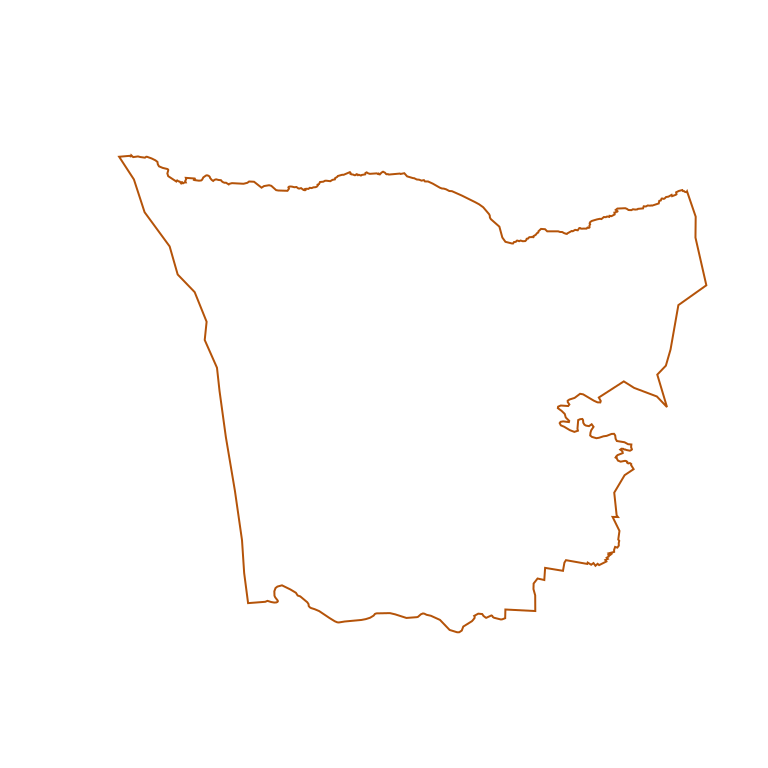 Weija Gbawe Municipal, Greater Accra, Ghana, rotated 100°
{"feature_id": "2480657B6669757606157", "entity_name": "Weija Gbawe Municipal", "entity_type": "district", "adm_level": 2, "iso_a3": "GHA", "parent_name": "Ghana", "parent_adm1": "Greater Accra", "projection": "equal_earth", "projection_center": [-0.376, 5.542], "detail": "fine", "context": "isolated", "style": "outline", "palette": "amber", "viewbox_px": 768, "rotation_deg": 100, "n_neighbors": 0, "source": "geoboundaries", "source_scale": "gbopen_adm2", "svg_char_len": 6165}
<svg xmlns="http://www.w3.org/2000/svg" viewBox="0 0 768 768"><g transform="rotate(100 384 384)"><path d="M177.8,427.6L179.5,434.5L179.2,436.5L178.6,437.8L179.4,438.9L180.8,438.9L182.0,442.2L182.7,442.9L182.3,445.1L182.9,445.9L182.1,447.1L182.2,447.6L183.2,448.2L183.5,449.2L183.1,451.0L183.2,452.6L182.9,453.5L182.2,453.4L181.3,454.4L185.0,460.1L185.2,461.5L187.2,465.6L188.1,466.0L189.8,467.9L191.0,467.9L191.9,470.2L193.6,472.1L193.8,476.0L194.1,477.4L195.3,478.9L196.2,482.1L198.4,482.7L199.2,484.0L199.9,483.6L201.4,484.5L202.1,485.7L202.6,487.7L203.6,489.2L203.7,491.2L205.0,492.3L205.1,493.8L205.6,495.6L205.9,495.9L206.6,495.1L206.9,495.4L206.9,496.9L205.5,499.7L206.3,501.5L206.2,502.5L205.2,504.4L205.8,506.5L205.6,508.9L205.8,510.8L206.2,511.8L206.9,512.3L208.2,511.5L210.5,512.6L211.8,521.7L211.8,523.9L208.4,529.4L208.2,531.7L209.9,536.5L211.9,538.7L207.4,547.1L208.0,552.0L209.6,553.5L211.2,557.1L212.6,568.6L213.9,571.4L214.4,571.6L213.2,574.6L213.5,575.8L213.3,577.3L212.7,578.7L211.6,580.0L211.8,582.3L211.6,584.9L212.4,586.4L213.7,587.5L212.9,589.2L211.2,591.1L210.1,591.7L209.4,592.9L209.2,594.6L209.6,595.5L211.9,597.8L214.4,598.6L215.3,599.4L215.9,601.5L216.1,605.9L216.0,606.7L215.5,606.7L214.9,605.8L214.5,606.1L215.4,615.0L216.7,614.4L218.6,615.0L219.9,614.2L220.1,615.4L221.1,616.5L220.9,617.3L220.3,617.9L220.4,618.3L221.4,618.0L221.7,618.1L221.8,618.5L220.1,620.4L220.1,621.6L219.4,623.0L219.8,623.6L220.6,623.8L216.8,632.6L214.3,633.9L211.1,633.6L210.3,633.8L209.9,634.7L209.6,639.5L208.7,643.4L206.9,644.9L204.6,645.7L203.4,648.0L202.2,652.1L201.4,656.8L201.5,657.6L202.6,658.7L202.8,663.4L202.6,665.8L204.1,670.4L202.6,672.7L203.8,672.9L203.9,673.2L203.5,674.2L206.2,684.3L226.0,665.8L256.4,649.6L285.7,619.0L312.0,606.2L326.4,586.4L353.5,569.5L371.8,568.2L397.0,551.3L419.3,544.8L463.8,530.5L515.0,512.3L562.5,496.7L594.4,488.9L623.4,479.8L619.1,463.1L617.8,461.1L618.3,457.3L618.3,454.1L617.8,452.1L617.1,451.1L616.3,450.8L615.7,451.1L613.0,454.1L611.5,455.1L607.2,456.0L603.8,455.4L602.0,453.8L600.0,449.5L602.6,440.5L604.9,434.5L607.3,432.3L607.7,429.6L612.3,421.6L613.9,420.1L615.7,419.6L616.8,418.3L617.3,416.9L617.8,413.2L618.9,408.4L623.9,397.1L626.2,391.3L626.8,388.7L626.7,387.1L624.7,381.4L620.3,365.3L618.7,361.1L616.6,357.1L613.9,354.0L612.0,353.0L611.2,351.6L608.6,338.4L608.9,333.1L610.5,321.3L607.9,311.1L607.4,310.1L604.4,307.7L603.2,305.8L603.2,304.3L603.9,302.0L604.1,297.6L606.6,287.9L614.8,276.7L615.8,268.9L615.4,266.8L613.3,264.6L609.1,263.8L602.3,256.2L601.0,255.4L598.8,254.2L597.3,254.3L596.7,254.9L593.8,251.3L593.5,247.3L595.1,245.8L596.5,243.1L596.5,242.7L593.3,238.1L593.5,237.2L594.6,236.3L595.1,235.0L595.6,228.0L595.2,226.7L593.6,224.0L585.0,225.3L581.3,195.6L565.9,198.4L560.0,201.2L554.5,202.0L548.9,199.0L549.2,192.1L537.1,193.4L536.9,175.3L528.6,175.3L525.9,174.2L525.9,152.6L524.5,152.4L526.0,148.6L524.0,146.6L526.3,144.2L524.0,142.4L525.0,140.7L520.2,134.2L518.9,135.5L517.4,133.2L516.4,134.5L514.8,132.7L513.2,133.4L513.2,131.6L512.0,130.6L511.4,132.6L509.4,128.2L507.4,128.6L504.3,128.1L504.6,125.8L502.4,124.7L499.9,125.2L497.6,125.1L496.5,126.3L487.8,126.6L475.2,135.8L474.4,130.5L472.9,132.1L451.0,138.4L432.0,131.2L424.5,123.4L420.9,126.6L419.9,126.6L419.3,127.7L419.3,128.6L419.8,129.7L419.2,131.0L418.5,130.9L417.9,131.8L417.8,133.3L419.4,137.5L418.8,140.3L416.7,142.0L416.3,143.0L415.5,142.3L415.1,142.8L413.5,141.7L410.6,136.9L409.1,137.4L408.2,138.6L407.6,139.9L406.5,138.9L406.3,137.0L406.8,136.1L406.6,134.9L406.9,134.0L407.0,130.2L405.9,128.8L405.3,128.5L403.3,129.7L400.6,129.9L400.9,133.2L399.6,137.0L399.7,144.8L397.7,146.4L394.5,147.4L393.1,148.8L393.7,151.3L396.4,155.7L397.4,158.8L399.6,162.9L400.5,165.4L400.0,170.0L398.9,172.0L396.1,172.2L393.6,171.9L389.8,170.2L387.6,172.5L389.9,174.8L389.9,177.9L389.3,179.5L387.6,181.0L385.0,181.7L384.0,182.6L384.6,184.7L385.8,186.5L394.5,185.7L396.3,184.9L398.1,188.2L397.2,192.9L394.8,199.2L394.0,202.7L392.0,204.2L390.6,203.5L389.7,201.1L389.4,195.3L388.2,195.2L385.4,199.2L382.1,200.8L379.6,204.5L377.6,208.6L376.1,208.6L374.5,206.2L373.7,198.8L372.0,197.9L369.9,199.9L368.6,200.2L367.1,198.7L364.6,193.9L359.6,189.2L359.6,186.1L364.0,174.4L365.0,170.6L364.6,167.8L363.1,167.6L360.0,170.1L339.8,148.3L344.4,137.0L348.9,113.1L357.6,101.3L327.3,116.5L317.0,109.6L300.3,107.8L255.2,107.8L230.8,83.7L185.7,102.7L165.1,106.1L141.7,119.0L142.6,119.3L142.5,121.1L142.0,121.8L142.1,123.1L141.2,123.9L142.7,127.2L144.5,129.6L146.4,128.9L147.0,129.5L149.0,132.9L147.8,133.6L150.1,136.4L150.9,138.7L152.5,139.8L153.1,140.6L153.0,142.4L153.2,142.8L155.2,143.3L155.8,144.7L158.5,144.8L161.8,151.0L161.7,151.9L162.2,152.9L162.4,155.3L163.7,156.9L163.9,159.1L166.1,159.4L167.4,164.3L168.0,164.8L168.6,166.8L168.7,169.2L169.8,170.5L170.2,173.4L169.3,175.3L169.0,177.0L170.7,184.6L172.3,186.0L173.2,184.1L173.5,184.0L173.9,184.4L173.9,185.3L174.8,185.7L175.2,186.9L177.0,186.3L179.2,189.1L179.2,191.1L180.3,191.2L180.3,193.4L181.2,194.5L181.4,196.5L183.8,198.5L183.8,200.0L184.9,202.8L187.3,207.6L188.5,208.9L190.0,209.4L191.0,208.7L192.2,209.2L194.1,208.8L194.7,209.4L194.6,210.8L195.8,211.5L196.8,217.0L196.4,217.7L196.5,218.7L199.0,219.9L199.0,222.5L200.8,224.7L200.7,225.7L203.9,229.7L204.4,229.9L204.5,230.5L204.1,233.0L203.4,234.8L203.7,237.1L203.4,239.0L205.3,249.8L203.6,252.3L204.0,256.3L206.8,258.4L208.0,258.4L209.0,259.6L210.8,260.5L212.1,262.1L213.4,262.3L213.6,262.6L213.2,263.5L213.8,264.4L214.1,266.1L214.7,266.9L215.7,267.3L216.2,268.7L217.6,268.9L218.7,269.7L219.3,272.1L219.0,274.4L219.9,275.7L219.6,277.4L219.8,278.1L221.1,278.9L221.7,280.7L223.2,281.3L223.4,282.3L222.9,289.1L219.2,292.9L209.0,297.7L203.1,307.4L201.7,308.6L199.8,309.1L198.6,309.9L192.7,317.0L190.5,321.6L189.1,325.8L184.9,340.1L182.3,350.6L182.6,353.2L181.5,356.6L181.2,359.0L181.4,360.9L181.0,363.0L178.2,370.8L176.9,375.8L177.4,378.9L176.3,380.1L177.2,382.4L176.7,384.8L176.9,387.3L176.1,390.0L176.2,391.2L175.5,397.3L172.9,400.6L174.3,404.2L174.0,404.9L176.9,415.6L176.6,416.6L177.0,417.6L176.8,418.5L175.8,419.6L175.1,421.8L176.2,423.1L178.3,424.5L177.7,425.7L178.3,426.0L178.3,426.5L177.8,427.6Z" fill="none" stroke="#b45309" stroke-width="2"/></g></svg>